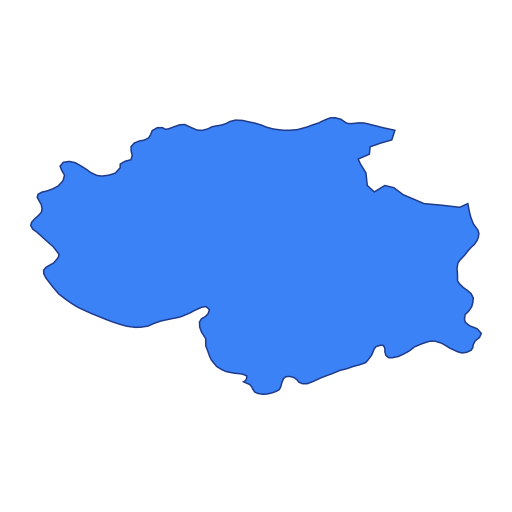 Krychaw, Mogilev, Belarus
{"feature_id": "67162791B56678014739115", "entity_name": "Krychaw", "entity_type": "district", "adm_level": 2, "iso_a3": "BLR", "parent_name": "Belarus", "parent_adm1": "Mogilev", "projection": "natural_earth1", "projection_center": [31.63, 53.734], "detail": "fine", "context": "isolated", "style": "filled", "palette": "blue", "viewbox_px": 512, "rotation_deg": 0, "n_neighbors": 0, "source": "geoboundaries", "source_scale": "gbopen_adm2", "svg_char_len": 3214}
<svg xmlns="http://www.w3.org/2000/svg" viewBox="0 0 512 512"><path d="M467.8,203.6L459.8,207.3L441.6,205.2L424.0,203.6L403.0,194.6L393.9,187.7L384.8,185.5L374.3,191.9L367.3,185.5L365.9,172.8L360.3,163.8L358.2,159.0L369.4,154.2L370.1,146.8L380.6,143.1L391.8,139.9L394.9,130.3L383.0,127.7L375.7,125.8L370.3,124.5L366.5,123.5L363.2,122.9L358.1,122.9L355.7,123.2L351.5,123.6L348.7,123.6L346.1,122.9L343.6,121.1L340.8,119.2L335.0,117.7L330.1,117.9L325.3,119.8L321.3,121.6L318.9,122.9L312.9,124.8L307.1,127.0L297.5,129.6L289.6,130.3L284.0,130.3L278.5,129.7L272.9,128.9L266.5,127.2L261.8,125.2L254.9,123.1L248.5,121.8L242.3,120.4L235.4,120.1L229.9,121.5L226.2,123.5L221.7,125.0L217.0,125.8L211.9,126.8L207.8,128.9L202.2,130.4L196.9,130.0L192.0,127.9L184.7,124.5L179.8,124.8L174.8,126.5L168.0,129.0L165.0,129.2L162.6,127.7L157.3,127.7L154.5,129.3L152.2,130.6L150.7,134.4L148.7,137.9L144.3,140.1L139.3,141.0L134.3,143.0L131.1,146.6L131.1,150.8L132.2,155.4L131.0,159.7L125.2,161.2L120.2,164.1L120.2,167.7L115.2,173.2L108.7,175.2L101.7,176.1L96.7,175.4L90.3,172.3L86.5,169.4L80.6,165.7L75.0,162.6L69.2,161.4L63.3,162.3L60.1,166.1L61.5,169.9L64.5,175.2L63.0,180.8L58.0,186.1L52.4,189.0L46.8,191.0L41.9,192.1L40.1,193.1L38.0,194.3L37.2,197.4L38.8,200.2L41.3,204.7L42.0,208.8L41.4,212.3L38.1,215.8L34.5,219.0L31.7,222.2L30.7,225.3L32.6,229.0L36.7,232.0L41.0,235.8L45.2,239.7L53.2,246.7L57.2,251.9L59.0,254.4L58.5,256.8L57.0,259.1L53.4,263.1L49.8,265.1L46.1,267.2L43.6,270.2L43.8,273.8L45.7,277.6L49.2,282.3L53.0,287.2L58.8,294.0L65.5,299.2L71.4,303.3L77.9,307.3L83.0,309.7L91.6,313.6L98.6,316.4L105.9,319.4L112.5,321.9L120.9,324.6L127.1,326.3L135.6,327.4L141.4,327.1L148.0,326.1L154.0,323.4L160.6,321.1L168.7,319.3L178.8,317.3L182.0,316.3L190.5,312.7L193.6,310.9L201.7,307.2L206.2,306.6L209.4,309.7L208.1,313.7L205.3,316.6L201.5,318.7L199.5,322.0L199.7,327.1L201.5,332.1L205.7,338.6L205.8,346.0L207.5,350.4L209.6,356.3L211.5,360.2L216.7,366.5L221.6,369.5L226.1,371.6L234.2,373.2L239.7,373.7L242.7,374.2L246.8,375.9L246.6,378.5L245.3,380.8L243.5,381.8L249.9,384.6L252.0,387.3L252.7,389.0L254.8,392.1L258.1,393.5L263.0,394.3L267.1,394.0L272.2,392.8L276.1,391.4L279.3,389.6L280.6,387.1L282.0,382.2L283.7,378.3L286.0,376.7L289.5,376.4L293.9,377.5L296.9,379.7L298.9,382.2L302.4,383.7L307.3,383.7L312.8,381.6L321.7,377.5L333.5,373.1L339.6,370.5L347.2,368.6L353.0,366.5L358.8,365.0L365.6,362.7L368.2,359.7L371.6,355.2L374.2,349.0L375.9,346.7L381.0,345.1L383.6,345.6L384.9,348.7L384.9,351.9L385.9,355.4L388.7,357.7L392.6,357.7L398.6,356.4L403.9,353.9L409.2,351.0L414.4,346.9L422.3,343.6L429.4,341.3L434.9,341.1L441.8,343.3L445.8,345.6L450.1,348.3L457.4,351.7L462.0,353.0L466.7,352.3L471.2,350.2L472.8,347.6L473.2,344.7L475.3,340.7L479.4,337.6L481.3,333.4L478.6,330.3L477.0,328.7L473.8,327.4L469.8,325.9L465.3,322.3L464.5,319.3L465.1,314.7L467.7,312.1L469.0,310.7L471.7,306.7L472.8,302.7L473.3,298.0L471.1,293.6L467.5,290.5L463.4,287.6L459.4,283.7L457.5,280.8L457.5,274.3L457.0,268.7L457.8,263.3L459.9,260.2L464.9,254.9L467.8,251.1L470.9,247.5L474.4,244.4L477.0,240.6L478.3,237.4L478.9,233.6L477.9,230.1L476.1,227.7L473.4,223.9L472.1,220.7L470.8,217.3L469.3,211.4L467.8,203.6Z" fill="#3b82f6" stroke="#1e3a8a" stroke-width="1.5"/></svg>